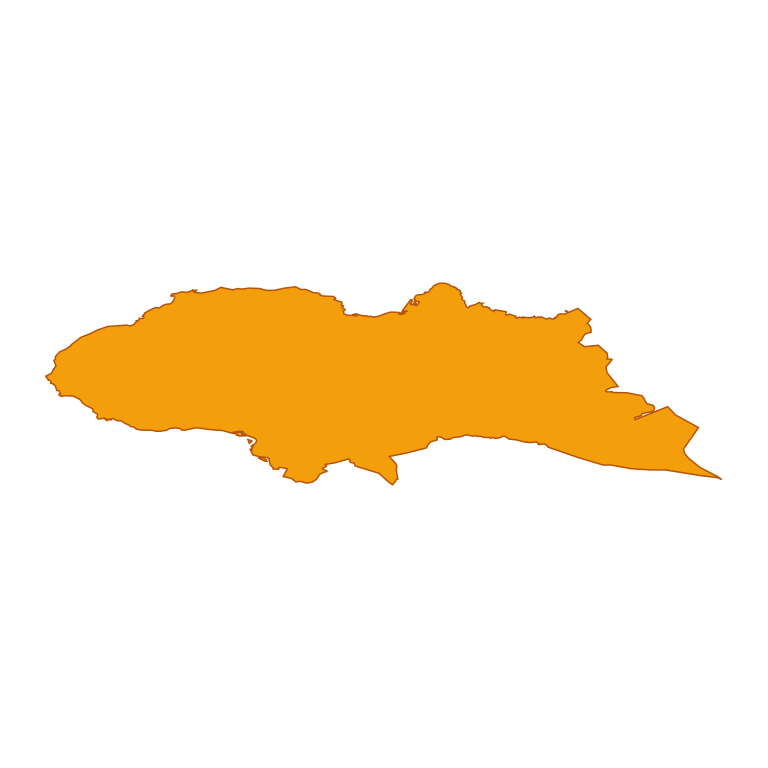 outline of Trondheim nor, Sør-Trøndelag, Norway
{"feature_id": "86288312B46091891234397", "entity_name": "Trondheim nor", "entity_type": "district", "adm_level": 2, "iso_a3": "NOR", "parent_name": "Norway", "parent_adm1": "Sør-Trøndelag", "projection": "natural_earth1", "projection_center": [10.447, 63.38], "detail": "fine", "context": "isolated", "style": "filled", "palette": "amber", "viewbox_px": 768, "rotation_deg": 0, "n_neighbors": 0, "source": "geoboundaries", "source_scale": "gbopen_adm2", "svg_char_len": 6090}
<svg xmlns="http://www.w3.org/2000/svg" viewBox="0 0 768 768"><path d="M721.9,479.5L717.4,476.5L700.1,467.5L688.8,458.5L684.8,453.6L683.5,449.0L698.5,427.6L675.6,415.0L667.7,406.7L635.1,419.6L634.8,417.5L639.5,416.1L641.6,415.0L642.0,413.7L653.5,411.1L654.6,407.9L654.2,406.9L653.0,405.2L646.6,403.6L643.7,398.0L641.8,395.7L627.1,392.8L612.8,392.5L612.4,391.8L606.8,391.9L605.8,391.2L605.8,390.5L608.3,388.9L611.9,387.4L618.1,386.5L607.0,372.7L606.0,366.9L612.0,359.7L611.0,359.1L607.0,359.0L607.7,357.0L607.1,353.1L598.2,345.3L584.8,346.7L578.2,342.6L581.6,339.8L583.3,336.4L585.3,333.9L591.1,332.2L590.8,327.8L588.8,324.6L587.1,323.5L590.8,319.3L577.8,308.4L568.8,312.4L566.4,310.8L564.9,310.6L567.7,312.4L566.5,313.4L564.1,314.2L560.8,313.8L558.7,314.3L557.0,315.7L557.1,316.4L556.5,317.3L556.9,317.4L554.8,317.5L555.1,318.2L552.4,319.2L549.2,317.9L546.8,319.2L540.7,316.7L539.9,317.6L537.9,316.9L535.8,317.9L534.4,316.1L533.7,316.9L529.1,317.9L523.0,317.1L522.4,317.2L522.7,318.0L519.4,317.1L516.4,318.1L515.3,317.5L515.8,316.2L509.4,314.1L509.2,314.7L505.9,314.9L506.2,311.8L495.1,309.8L494.5,310.2L494.2,311.4L493.6,310.7L491.7,310.5L489.5,308.7L489.1,308.1L489.7,307.3L489.1,307.8L486.2,306.7L483.6,306.9L481.7,305.3L482.1,304.2L481.5,303.8L482.5,303.3L480.4,303.2L478.9,302.4L475.9,304.4L469.6,306.2L468.6,307.6L467.1,307.4L464.7,303.0L464.8,301.2L461.8,299.4L462.4,297.6L460.3,294.3L460.3,293.8L461.4,293.3L460.2,292.0L460.5,291.1L459.7,290.1L456.8,289.4L456.3,288.8L456.8,288.5L455.4,287.3L454.1,287.3L453.5,286.6L450.6,285.9L449.4,284.6L444.9,283.3L440.3,283.2L438.2,283.7L433.6,285.9L431.8,288.2L430.0,289.4L429.5,291.2L427.7,292.4L425.9,292.1L424.8,292.5L425.3,293.0L424.2,293.8L422.4,294.5L418.5,294.7L415.9,295.6L414.0,298.6L414.6,299.3L414.0,299.3L414.5,299.3L414.4,300.2L414.9,300.8L419.3,301.8L417.6,304.8L416.4,305.7L414.8,305.1L416.0,304.0L416.2,303.1L414.5,302.9L414.8,301.8L414.4,301.8L413.5,304.5L412.0,304.1L410.8,305.2L411.7,304.1L411.1,304.7L411.4,304.0L410.3,303.7L412.1,301.5L411.7,301.3L412.1,300.0L410.5,299.8L402.9,310.1L404.1,310.8L407.8,311.2L404.3,311.5L402.8,310.6L402.0,311.7L404.6,312.8L403.8,313.1L404.8,314.0L401.8,312.4L401.0,313.9L401.8,314.3L400.6,314.5L399.0,314.2L400.1,312.9L398.8,312.4L391.1,312.1L387.8,312.7L386.5,313.6L385.7,313.5L377.7,316.5L373.0,317.1L370.5,316.1L369.2,316.7L367.1,316.0L361.2,315.5L356.1,313.8L353.7,314.4L356.6,315.7L355.8,316.1L353.1,315.4L347.5,315.3L344.0,313.9L343.2,311.1L345.0,310.2L344.9,309.4L342.2,307.5L342.6,306.4L343.2,306.3L343.1,305.6L341.3,305.1L342.0,303.4L341.8,302.2L334.0,299.7L335.6,298.3L333.6,296.5L323.0,296.0L319.9,294.9L320.1,294.2L319.5,293.4L318.2,293.5L317.4,292.8L314.2,293.0L305.8,289.4L301.0,289.5L295.6,286.8L283.9,288.2L274.8,290.3L266.5,290.4L259.4,288.5L248.8,288.1L242.0,289.1L237.6,288.5L233.0,289.9L220.9,287.4L214.7,290.5L201.2,293.1L194.7,292.5L193.7,291.8L195.2,291.5L196.5,290.3L195.5,290.2L195.8,290.6L194.9,291.3L193.9,290.7L193.2,291.2L192.2,290.8L192.9,290.2L192.6,289.8L191.7,290.8L186.7,292.4L181.8,291.8L176.3,293.6L171.9,294.0L170.8,295.9L171.4,296.3L173.3,295.8L174.3,296.4L174.7,298.2L172.2,302.5L170.6,303.8L166.6,304.2L162.7,305.5L159.3,308.1L155.8,307.5L149.9,310.0L144.8,313.0L145.1,313.4L143.2,315.0L143.0,315.3L143.4,315.7L142.6,316.3L144.0,317.2L143.6,317.9L142.4,318.6L139.2,318.4L139.6,319.1L138.1,320.4L136.6,320.8L137.4,321.3L135.7,322.2L133.9,324.4L131.8,325.4L129.5,325.9L126.3,325.1L107.8,326.5L97.4,330.0L91.0,333.4L81.1,337.2L71.1,344.8L71.1,345.6L65.6,349.2L59.3,352.0L58.7,353.3L56.7,354.9L55.4,356.8L55.4,359.0L53.9,360.6L56.0,366.0L53.6,369.0L51.5,373.3L46.1,376.0L46.8,376.4L46.2,377.4L48.5,379.7L48.3,380.2L50.1,380.4L51.0,381.7L50.6,383.3L52.9,383.8L55.4,386.0L56.7,390.5L58.4,390.5L59.6,391.8L60.5,393.9L59.0,394.3L58.9,394.9L61.5,396.5L64.5,395.7L73.2,396.0L79.6,399.3L81.3,401.0L81.9,402.4L85.6,405.3L92.5,408.7L93.2,411.7L97.4,414.0L97.4,415.7L96.8,417.3L98.1,419.0L105.2,418.2L105.9,418.8L105.3,419.4L107.0,420.6L107.6,420.5L107.8,419.4L109.3,419.7L109.0,419.4L110.3,419.0L111.7,419.4L111.3,420.2L112.0,418.7L113.1,418.5L116.7,420.6L121.1,420.8L125.6,423.7L129.3,425.1L130.3,426.5L134.0,427.0L136.3,429.2L142.6,430.2L151.4,430.2L156.6,431.3L160.5,431.2L166.4,430.3L169.1,428.7L174.9,427.8L180.1,428.5L181.6,430.0L184.6,430.2L196.4,427.7L209.1,429.5L222.9,430.6L230.7,432.9L238.2,431.4L242.3,431.5L243.2,432.0L242.8,432.7L244.4,433.6L243.5,434.3L244.9,434.1L245.9,434.4L245.8,434.8L241.9,434.8L242.5,433.7L240.7,432.1L237.4,432.3L234.0,433.5L236.3,433.9L237.8,434.7L237.2,434.7L237.4,435.0L238.7,435.2L237.6,435.5L239.2,436.0L247.9,435.7L255.4,438.5L256.6,440.6L256.1,442.5L253.7,444.7L252.6,447.2L251.5,446.5L252.7,445.9L253.4,444.6L251.3,446.2L252.3,447.4L252.3,448.1L251.3,448.5L251.9,450.0L250.3,449.7L252.9,454.9L259.9,456.9L266.1,457.3L269.4,458.7L269.0,459.7L270.2,464.9L273.2,467.8L273.0,468.9L278.6,469.3L279.1,467.2L287.4,468.7L283.2,476.5L291.6,478.5L295.9,481.9L300.0,481.3L306.6,483.1L312.3,482.1L316.5,479.3L319.8,474.3L324.0,472.2L326.5,471.7L327.1,471.0L322.8,469.2L322.4,468.5L326.5,466.1L325.2,464.5L335.5,462.7L348.1,459.1L349.6,459.7L349.9,461.9L350.5,462.3L354.1,463.2L355.2,466.0L378.8,473.2L388.8,482.2L392.6,484.8L395.6,481.3L395.6,480.2L397.9,479.0L396.2,470.4L396.9,466.1L395.6,463.4L389.3,456.5L407.4,452.8L426.7,447.8L427.5,445.5L430.4,441.9L436.7,440.2L437.3,438.9L436.7,437.4L437.6,436.7L441.8,437.4L444.7,439.5L450.5,439.1L452.9,437.5L458.1,437.1L462.6,436.2L463.9,435.2L466.6,434.9L472.5,436.1L475.7,435.6L477.5,436.4L480.9,436.2L483.5,437.4L489.2,437.5L490.5,438.3L491.3,437.4L494.4,437.9L494.6,438.4L499.8,437.8L503.4,436.1L505.2,436.4L509.1,439.1L515.9,439.8L524.0,441.9L530.4,442.6L536.0,441.9L537.2,442.3L537.7,443.5L538.9,443.8L538.4,444.3L538.7,444.6L544.4,443.9L547.7,446.2L547.9,447.1L577.5,457.3L603.0,465.0L610.7,465.0L630.9,468.7L650.5,469.9L665.1,469.9L701.7,475.8L717.2,477.6L721.9,479.5ZM266.9,461.2L266.3,459.8L263.4,457.9L261.3,457.6L259.0,458.2L264.5,461.1L266.9,461.2ZM249.3,443.4L251.9,441.2L251.6,440.6L247.9,439.6L249.3,443.4Z" fill="#f59e0b" stroke="#b45309" stroke-width="1.5"/></svg>